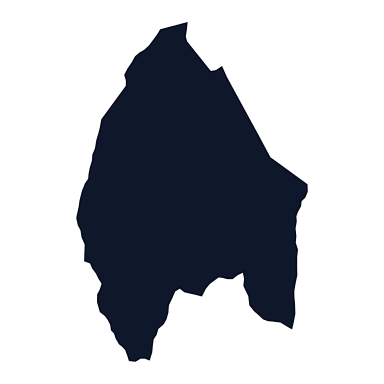 the district of Teodoro Sampaio, Bahia, Brazil
{"feature_id": "56859067B12292391578023", "entity_name": "Teodoro Sampaio", "entity_type": "district", "adm_level": 2, "iso_a3": "BRA", "parent_name": "Brazil", "parent_adm1": "Bahia", "projection": "equal_earth", "projection_center": [-38.617, -12.264], "detail": "fine", "context": "isolated", "style": "filled", "palette": "ink", "viewbox_px": 384, "rotation_deg": 0, "n_neighbors": 0, "source": "geoboundaries", "source_scale": "gbopen_adm2", "svg_char_len": 1645}
<svg xmlns="http://www.w3.org/2000/svg" viewBox="0 0 384 384"><path d="M221.7,67.1L216.2,70.8L210.5,71.8L186.4,41.7L185.0,36.5L186.0,30.4L186.8,23.0L160.7,29.9L157.7,34.9L153.5,40.6L149.4,46.1L144.5,50.5L139.8,53.2L135.6,56.8L132.3,62.8L128.0,69.1L125.0,75.0L126.6,80.3L126.6,86.0L102.0,119.6L100.5,128.0L99.2,133.1L97.1,140.1L95.7,148.5L93.1,154.8L92.7,160.7L90.5,167.9L89.3,174.0L88.9,179.0L85.5,184.0L82.6,191.3L80.2,200.9L79.4,206.9L78.3,211.8L77.0,217.9L78.5,225.0L81.2,230.0L82.3,237.1L85.5,244.5L85.1,253.8L84.9,260.8L90.5,262.7L92.8,268.0L96.6,273.2L99.3,278.7L102.4,283.6L100.4,289.9L97.9,294.6L97.8,302.2L100.5,311.6L105.6,315.7L108.5,319.8L110.9,324.5L111.7,330.0L114.7,333.2L116.4,338.4L119.5,343.7L122.7,346.3L125.8,349.6L127.8,354.9L129.5,360.3L135.4,361.0L140.4,357.9L145.1,357.9L149.2,359.6L151.5,352.1L152.1,345.3L153.0,338.8L155.9,334.6L157.6,328.6L163.3,323.6L165.9,318.7L167.6,312.7L168.2,305.0L171.5,298.1L174.6,291.0L179.8,287.7L184.7,291.6L189.4,292.7L195.4,294.0L201.5,295.6L205.2,288.4L209.1,283.6L213.8,280.0L218.4,276.7L222.5,277.1L227.4,278.4L232.3,278.4L237.2,274.6L243.3,271.6L244.9,278.7L244.1,285.6L246.2,290.2L249.0,295.9L250.1,305.2L254.7,310.8L259.3,314.8L263.5,318.7L267.9,320.4L273.4,320.9L280.7,321.8L286.9,325.6L291.6,328.3L293.1,321.7L294.6,313.8L294.3,304.2L293.6,296.5L293.6,290.7L295.0,282.6L296.6,274.9L296.4,269.7L296.4,264.2L296.4,257.1L297.2,249.6L295.0,242.8L295.6,236.3L294.8,228.3L296.0,221.4L295.6,216.2L297.3,211.5L300.3,206.1L300.9,200.8L304.6,197.3L307.0,191.5L306.8,184.7L274.2,160.9L269.9,157.9L258.2,136.0L226.4,77.6L221.7,67.1Z" fill="#0f172a" stroke="#020617" stroke-width="1.5"/></svg>